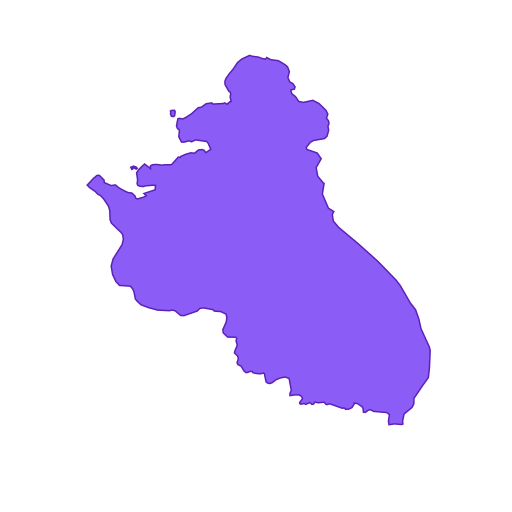 Forecariah, Forécariah, Guinea, rotated 77°
{"feature_id": "49546643B90846257605457", "entity_name": "Forecariah", "entity_type": "district", "adm_level": 2, "iso_a3": "GIN", "parent_name": "Guinea", "parent_adm1": "Forécariah", "projection": "albers", "projection_center": [-13.107, 9.386], "detail": "fine", "context": "isolated", "style": "filled", "palette": "violet", "viewbox_px": 512, "rotation_deg": 77, "n_neighbors": 0, "source": "geoboundaries", "source_scale": "gbopen_adm2", "svg_char_len": 3889}
<svg xmlns="http://www.w3.org/2000/svg" viewBox="0 0 512 512"><g transform="rotate(77 256 256)"><path d="M65.0,200.9L66.3,202.4L64.7,206.1L62.8,208.7L60.5,214.8L59.1,217.1L60.8,225.3L63.3,230.4L69.0,236.5L72.2,240.8L76.2,245.3L78.8,247.0L82.0,247.6L89.4,245.4L90.5,244.3L92.5,244.2L95.2,245.4L100.0,245.5L99.9,246.9L101.2,249.4L101.3,249.3L101.7,250.2L99.8,251.9L100.0,253.9L98.3,263.7L96.9,264.6L96.4,270.4L98.7,275.7L98.5,278.9L102.9,286.8L105.2,293.2L106.0,296.5L105.0,298.8L104.6,299.9L104.8,301.3L111.3,304.2L114.4,303.8L115.2,302.7L116.6,302.4L122.4,304.4L128.2,303.0L128.9,300.5L128.7,295.3L130.2,293.2L129.3,288.7L133.3,278.4L135.5,277.2L141.9,276.1L142.7,278.3L144.0,281.6L143.9,281.7L141.5,282.6L140.2,284.4L139.7,288.1L142.0,292.8L140.8,296.2L141.0,301.2L142.0,306.7L142.9,307.5L142.1,309.4L148.0,317.8L147.8,318.9L146.5,324.9L146.4,327.0L144.4,332.4L143.8,336.1L144.3,338.5L145.4,338.8L147.1,339.1L141.3,343.9L143.5,347.7L145.8,351.2L148.0,353.6L155.5,354.3L158.5,355.5L160.4,355.4L161.9,353.5L163.1,349.8L162.7,348.8L163.8,340.8L164.6,338.1L168.0,339.1L168.8,339.3L169.9,351.1L172.6,349.4L173.4,352.2L173.4,352.6L173.7,358.9L172.4,360.3L170.5,360.3L166.7,362.8L165.4,366.4L162.4,370.2L158.6,374.4L155.1,377.0L154.8,381.3L150.3,387.3L147.7,387.0L142.2,390.5L141.8,391.9L141.9,393.4L143.2,395.3L143.1,395.8L148.9,404.5L151.9,402.8L157.0,398.1L160.0,396.4L162.1,394.0L165.7,391.8L174.3,388.5L179.0,388.3L187.7,390.0L191.4,389.5L199.2,384.5L203.0,382.0L205.2,381.1L209.9,381.5L214.8,383.9L226.7,395.9L233.3,399.4L241.7,399.9L245.4,399.1L249.3,398.3L254.0,395.6L257.1,385.3L260.2,383.6L263.4,382.9L264.8,383.0L270.8,383.2L273.6,381.8L277.7,379.0L282.1,372.4L283.7,369.4L286.6,364.0L289.8,352.7L289.8,350.1L291.1,347.2L297.0,342.8L297.9,339.6L296.4,325.5L294.5,322.7L294.7,319.0L298.5,310.1L300.3,309.0L302.2,302.9L303.0,301.9L305.9,298.2L309.5,298.3L313.7,299.9L320.3,304.9L323.6,305.2L328.6,301.9L330.6,293.9L332.1,293.3L334.0,294.5L338.7,294.3L344.0,298.1L345.6,298.8L348.3,297.1L349.6,296.3L352.2,296.4L355.5,298.3L355.8,298.5L357.7,298.1L360.0,295.3L365.2,293.6L367.2,292.2L367.6,290.8L367.1,287.1L367.8,285.7L369.0,285.3L370.5,282.3L371.8,278.2L371.7,275.4L372.4,274.3L380.9,274.5L382.4,273.3L383.4,271.3L383.1,268.8L381.0,264.2L380.3,259.6L380.5,254.7L382.8,251.3L394.7,251.8L397.7,253.9L399.7,254.3L400.1,249.1L401.1,245.1L403.3,243.1L405.5,242.8L408.5,246.4L409.5,246.6L410.4,245.9L410.5,244.6L410.6,242.2L411.8,240.8L410.9,236.6L413.2,234.8L413.2,233.2L411.6,231.4L413.1,228.2L413.5,224.2L413.8,222.6L416.3,221.2L416.8,220.2L416.5,217.6L423.8,206.1L423.8,204.8L424.5,203.5L425.5,203.3L425.9,201.1L426.1,200.0L425.3,196.6L422.2,193.5L421.4,193.4L422.6,190.4L426.6,186.6L428.2,186.1L428.7,185.9L432.3,186.5L433.0,184.6L431.4,181.0L431.5,179.1L433.9,176.3L436.8,167.3L437.9,163.9L440.5,161.7L446.7,164.1L450.3,164.4L450.7,159.0L452.9,152.1L452.9,150.8L449.6,150.2L443.3,147.3L438.7,138.1L435.6,135.5L430.2,134.1L419.8,122.9L413.2,115.4L404.1,112.2L387.1,107.5L383.4,107.6L364.0,111.6L354.1,111.5L344.2,112.6L336.2,116.3L317.2,122.1L310.9,125.0L288.6,138.5L267.0,153.7L246.6,169.1L239.3,172.8L232.7,172.3L230.2,170.2L225.7,174.7L210.6,177.4L200.5,173.3L199.8,174.1L192.2,177.9L183.4,177.5L175.9,170.6L169.4,173.2L163.6,182.5L161.5,182.6L157.4,177.4L156.4,174.0L157.0,162.8L155.3,159.9L149.8,156.9L145.7,156.7L143.7,155.2L140.8,154.9L137.5,156.3L133.9,154.1L129.9,155.0L121.6,160.3L117.1,165.6L117.0,175.3L115.0,179.6L109.5,181.7L106.2,184.5L103.4,184.8L102.0,184.6L102.1,181.1L100.0,179.9L96.3,181.3L94.0,183.9L89.4,184.8L83.8,182.0L78.9,182.7L76.3,184.5L70.7,190.3L68.0,197.5L65.0,200.9ZM101.6,305.0L101.1,303.8L97.3,302.3L95.7,302.6L95.1,305.9L95.5,306.8L97.5,306.8L98.3,307.4L100.9,306.9L101.6,305.0ZM143.7,357.5L143.5,356.5L142.0,355.9L144.4,353.2L143.9,352.0L142.4,352.7L140.9,355.2L141.4,358.1L143.7,357.5Z" fill="#8b5cf6" stroke="#5b21b6" stroke-width="1.5"/></g></svg>